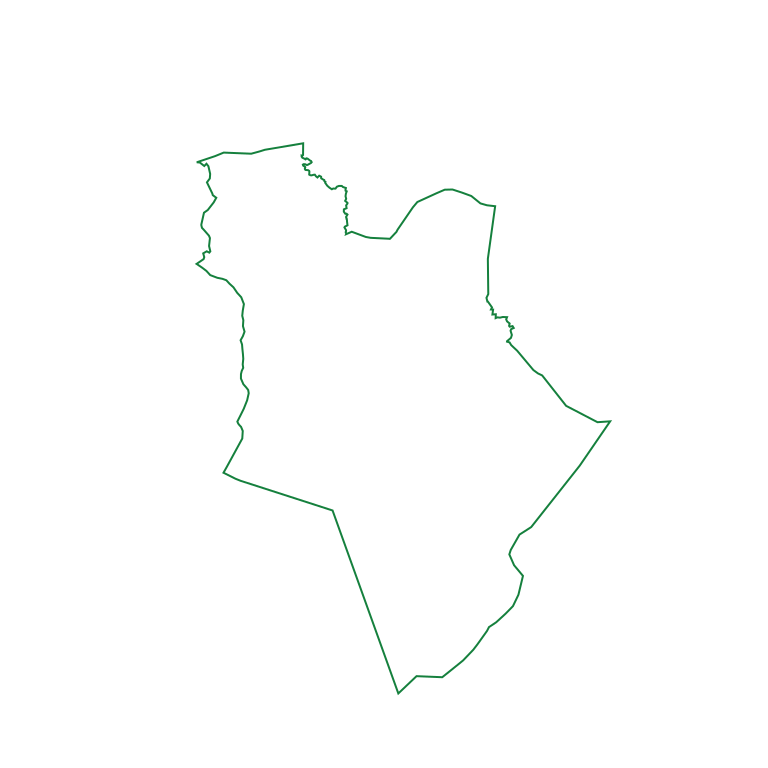 Santos Reyes Yucuná, Oaxaca, Mexico, rotated 61°
{"feature_id": "50627088B24821438412486", "entity_name": "Santos Reyes Yucuná", "entity_type": "district", "adm_level": 2, "iso_a3": "MEX", "parent_name": "Mexico", "parent_adm1": "Oaxaca", "projection": "natural_earth1", "projection_center": [-98.034, 17.773], "detail": "fine", "context": "isolated", "style": "outline", "palette": "green", "viewbox_px": 768, "rotation_deg": 61, "n_neighbors": 0, "source": "geoboundaries", "source_scale": "gbopen_adm2", "svg_char_len": 3116}
<svg xmlns="http://www.w3.org/2000/svg" viewBox="0 0 768 768"><g transform="rotate(61 384 384)"><path d="M282.4,200.6L277.6,207.3L272.8,212.1L261.9,216.5L254.3,223.1L247.1,229.8L243.5,236.7L242.6,245.8L241.0,266.6L243.5,273.1L255.4,296.9L255.6,297.3L257.0,299.4L257.3,300.2L257.4,300.7L259.9,308.4L259.8,308.7L259.5,309.0L249.7,324.8L246.6,328.6L235.2,338.4L234.6,344.5L234.1,343.9L233.1,344.1L232.4,343.7L231.9,343.1L231.1,342.6L227.9,342.7L227.4,342.0L227.5,339.0L223.8,337.5L222.4,336.8L221.4,336.8L221.0,336.3L220.2,336.4L219.5,336.2L218.1,333.8L216.9,334.2L216.4,335.3L213.8,335.6L211.8,334.4L212.1,331.5L209.4,330.5L208.4,328.4L207.8,328.1L205.0,329.2L203.7,327.3L201.1,326.6L199.0,325.0L197.4,323.2L196.4,323.9L195.7,323.7L194.1,322.3L191.8,324.4L190.3,324.9L188.9,327.4L188.6,329.6L189.6,331.7L188.4,333.7L188.4,335.2L185.9,336.5L183.1,337.5L179.5,337.9L178.8,337.2L177.7,337.8L176.6,337.4L176.0,337.9L173.7,339.2L172.2,338.5L170.4,339.7L171.1,342.1L169.4,342.8L167.4,343.0L166.9,344.1L166.4,346.2L165.7,347.2L164.6,347.9L162.1,346.3L161.3,346.1L160.2,346.7L158.7,348.9L157.7,349.0L157.1,348.7L156.5,347.9L156.0,347.7L153.8,348.8L152.8,348.6L152.8,347.6L153.7,346.3L154.9,345.5L155.3,344.7L155.3,340.7L154.9,339.7L153.6,339.7L153.0,340.2L149.8,341.6L149.0,342.5L149.5,343.4L149.5,343.8L148.6,344.2L146.5,345.7L145.2,345.8L144.2,345.3L144.8,344.7L144.5,343.8L134.3,338.0L121.4,374.6L120.9,377.0L120.5,379.0L120.0,381.2L118.2,388.5L103.9,412.0L102.8,421.3L99.3,440.3L101.0,437.7L106.2,435.5L105.3,432.5L108.4,432.0L116.0,434.2L119.8,436.7L121.8,441.1L134.2,441.8L135.8,442.2L139.8,440.4L142.6,444.9L146.4,453.8L146.9,458.4L155.9,466.4L156.6,466.8L159.2,467.5L161.5,466.9L169.4,465.2L172.0,465.5L178.5,470.1L183.8,471.6L184.4,473.1L182.0,474.7L182.1,478.8L185.9,479.7L187.3,481.2L188.1,489.7L193.8,486.8L199.0,484.5L204.5,483.2L210.3,478.3L213.7,474.3L216.8,471.6L221.4,470.5L226.4,468.8L233.1,468.2L238.9,466.8L246.2,467.8L251.3,471.9L255.6,474.9L260.0,476.1L265.0,479.3L270.6,480.6L273.8,484.3L276.2,488.2L280.6,489.0L284.8,490.9L289.5,492.9L293.8,494.9L298.4,498.1L301.6,499.3L303.6,502.1L306.0,504.3L309.9,506.5L316.1,507.1L320.1,506.2L323.4,505.7L326.5,506.8L331.9,511.6L337.7,518.7L341.7,524.5L344.0,527.9L345.8,530.5L347.9,530.7L349.9,530.4L352.2,529.8L356.6,530.3L363.0,534.4L380.3,561.7L383.8,567.4L394.9,559.8L399.2,556.3L469.7,490.3L661.6,521.5L655.3,497.2L668.7,475.2L664.9,453.2L664.1,448.8L659.7,434.7L657.0,428.5L649.9,413.6L647.5,410.0L646.8,401.4L643.8,388.9L640.8,378.9L633.5,368.6L619.2,355.5L605.6,358.1L593.8,357.0L590.6,353.6L581.4,338.5L580.5,324.6L550.3,252.4L526.3,204.3L520.9,215.8L491.4,235.3L453.2,241.5L449.4,244.2L444.2,246.6L419.4,251.4L415.1,252.8L411.6,253.9L408.5,254.0L406.6,255.9L406.2,255.6L405.2,250.6L403.1,248.4L398.8,247.5L397.7,246.2L397.9,243.4L395.7,243.5L394.8,246.3L393.8,246.4L392.0,244.8L388.9,246.0L386.7,245.8L385.2,244.0L383.0,247.6L382.2,250.4L380.7,252.5L380.5,254.4L377.2,252.4L375.8,255.5L371.8,252.5L370.7,254.3L369.4,252.4L362.2,253.2L362.0,253.6L358.3,252.6L355.9,249.2L324.9,232.5L282.4,200.6Z" fill="none" stroke="#15803d" stroke-width="2"/></g></svg>